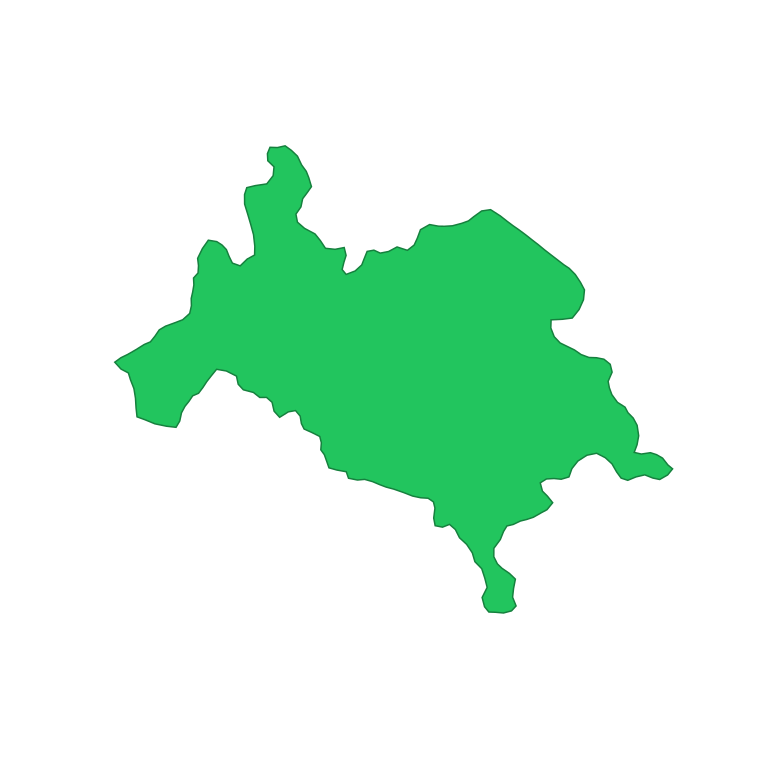 Maravilhas, Minas Gerais, Brazil (Mercator projection), rotated 54°
{"feature_id": "56859067B58643809104177", "entity_name": "Maravilhas", "entity_type": "district", "adm_level": 2, "iso_a3": "BRA", "parent_name": "Brazil", "parent_adm1": "Minas Gerais", "projection": "mercator", "projection_center": [-44.67, -19.514], "detail": "fine", "context": "isolated", "style": "filled", "palette": "green", "viewbox_px": 768, "rotation_deg": 54, "n_neighbors": 0, "source": "geoboundaries", "source_scale": "gbopen_adm2", "svg_char_len": 3206}
<svg xmlns="http://www.w3.org/2000/svg" viewBox="0 0 768 768"><g transform="rotate(54 384 384)"><path d="M622.3,200.4L616.4,201.9L607.7,202.2L601.4,205.0L596.2,208.8L591.9,217.0L586.4,221.8L581.9,215.0L575.6,208.4L566.2,203.5L558.0,202.4L550.6,203.5L544.4,202.6L536.1,205.9L526.5,205.9L519.5,203.9L513.6,201.1L508.5,192.5L501.0,189.4L493.2,191.5L487.6,196.7L483.0,202.6L475.9,207.3L468.4,209.9L462.2,213.2L454.3,217.4L445.8,218.5L436.7,216.1L430.3,211.1L436.4,201.8L441.3,192.9L438.4,182.4L433.1,173.1L425.7,166.5L417.2,165.3L407.8,164.9L399.2,166.2L393.3,168.4L385.1,170.8L377.3,173.1L370.1,175.2L362.3,177.2L354.8,179.4L346.6,181.7L338.3,184.3L332.0,186.5L324.9,188.7L316.4,191.1L305.6,195.3L301.4,203.3L301.4,213.2L301.7,219.8L299.7,226.7L296.2,235.7L292.0,242.3L288.3,247.2L281.8,253.4L280.6,263.8L285.6,271.3L289.3,277.9L289.6,286.5L280.8,292.9L279.5,302.4L275.9,310.1L269.8,313.5L266.8,319.7L271.0,326.4L274.6,332.0L275.6,340.9L273.1,350.2L266.8,350.6L261.9,344.8L257.7,339.1L250.2,336.0L246.3,344.4L239.8,351.6L230.6,351.2L222.1,351.6L211.4,356.8L202.2,358.9L194.8,355.4L191.9,347.1L186.3,340.9L184.4,334.7L181.7,326.7L172.9,323.6L166.3,321.9L158.4,321.9L148.8,320.1L140.5,321.6L133.2,324.0L130.1,331.2L125.5,337.1L129.1,342.9L135.1,346.8L143.6,345.3L150.3,351.2L153.2,361.2L147.8,371.6L144.5,379.6L148.8,385.5L156.5,391.0L166.7,394.5L176.5,398.0L186.5,401.8L196.7,407.6L203.6,412.9L202.5,421.2L203.9,430.9L197.1,435.6L189.6,434.3L182.6,432.5L176.5,433.3L170.5,435.6L164.4,441.6L167.7,451.3L172.8,460.9L179.2,464.5L184.9,469.2L186.3,475.8L192.1,479.6L197.3,484.9L201.5,489.7L207.5,493.8L212.7,499.7L213.7,509.1L211.3,518.0L208.8,526.7L208.1,534.0L210.7,541.2L212.6,548.2L211.1,554.7L210.4,564.7L209.4,574.1L208.1,581.4L208.1,589.0L217.3,588.0L224.8,584.3L231.5,586.6L240.7,589.0L249.4,593.4L257.7,598.7L265.4,603.1L272.4,598.4L281.5,592.8L290.3,584.8L296.8,577.7L293.9,571.0L288.3,564.8L285.1,558.2L283.4,552.0L281.1,545.7L282.5,539.5L280.4,532.6L277.9,526.0L276.0,519.4L273.7,510.8L280.8,503.9L290.9,498.7L298.5,502.1L306.0,501.2L314.1,494.6L321.9,492.4L325.8,486.9L333.0,485.3L341.4,488.9L349.6,488.0L350.3,477.8L353.5,471.2L360.7,470.7L367.5,474.1L373.5,475.1L380.6,471.0L388.7,466.8L394.7,469.2L400.1,473.8L406.1,473.8L412.2,475.6L419.5,477.8L425.9,472.7L432.8,466.1L439.4,468.1L446.1,461.9L449.8,455.7L456.3,450.6L462.8,446.7L468.6,442.9L474.9,437.8L483.4,431.9L491.5,426.7L497.6,421.2L502.3,415.5L508.4,413.3L514.3,415.7L521.7,422.6L528.7,425.9L534.2,420.8L536.1,413.5L543.7,411.8L552.8,413.3L562.3,411.4L572.5,411.8L581.2,414.9L590.9,413.5L600.4,416.6L609.2,420.1L614.4,430.1L623.3,433.6L630.1,433.2L634.1,428.1L639.5,421.9L642.5,414.2L641.2,407.6L632.1,405.3L625.6,399.4L619.1,392.4L611.2,393.8L602.3,396.9L596.2,398.0L588.3,396.7L581.5,391.7L578.2,381.3L573.6,374.0L571.1,368.0L573.6,362.0L575.0,354.3L577.5,348.1L579.6,341.5L580.6,332.5L581.5,326.0L579.2,317.3L570.8,317.7L563.8,318.8L555.8,315.7L556.3,308.4L560.4,302.0L565.2,296.6L567.9,289.0L562.9,281.7L560.3,272.4L560.9,261.7L565.0,252.7L573.7,248.3L582.7,246.5L591.9,247.5L599.5,247.5L605.2,243.4L607.3,234.7L610.8,226.4L618.1,221.8L623.3,217.1L624.3,208.0L622.3,200.4Z" fill="#22c55e" stroke="#15803d" stroke-width="1.5"/></g></svg>